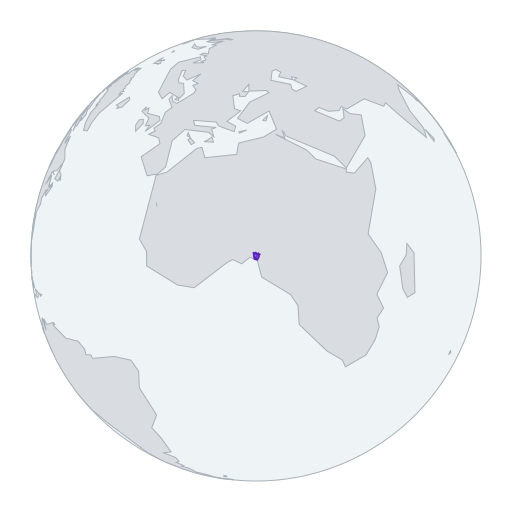 Littoral on an orthographic globe, rotated 332°
{"feature_id": "CMR-1476", "entity_name": "Littoral", "entity_type": "Province", "adm_level": 1, "iso_a3": "CMR", "parent_name": "Cameroon", "parent_adm1": "", "projection": "orthographic", "projection_center": [10.043, 4.313], "detail": "fine", "context": "on_globe", "style": "filled", "palette": "violet", "viewbox_px": 512, "rotation_deg": 332, "n_neighbors": 0, "source": "natural_earth", "source_scale": "10m", "svg_char_len": 9858}
<svg xmlns="http://www.w3.org/2000/svg" viewBox="0 0 512 512"><g transform="rotate(332 256 256)"><circle cx="256" cy="256" r="225" fill="#eef3f6" stroke="#a8b0b8"/><path d="M184.0,42.5L181.2,43.5L180.6,43.7L184.0,42.5ZM179.2,44.2L178.4,44.5L174.8,45.9L177.3,45.0L169.4,48.1L178.9,44.5L174.1,46.6L168.4,48.9L166.8,49.2L160.8,51.8L179.2,44.2ZM131.0,68.6L127.4,71.3L121.4,75.6L114.9,80.9L119.1,77.9L125.7,72.8L132.0,69.2L139.4,64.1L143.0,62.1L151.4,57.3L152.4,57.7L148.8,60.9L141.8,65.1L140.1,67.0L148.5,63.0L137.4,71.9L133.1,80.1L130.0,82.9L120.5,87.0L115.9,85.9L103.7,94.0L113.8,88.7L105.8,96.9L105.5,98.5L107.2,98.5L111.1,95.5L108.9,98.7L98.0,104.3L99.9,101.5L103.3,99.5L101.0,99.4L93.7,104.5L90.2,108.9L82.7,114.1L80.1,117.6L77.0,121.1L81.6,115.0L73.2,126.4L63.9,138.5L52.2,160.2L57.1,150.2L65.1,136.5L74.0,123.3L83.8,110.8L94.4,99.0L105.9,88.0L118.1,77.8L131.0,68.6ZM33.7,219.3L33.9,218.6L33.6,223.2L35.8,214.3L38.3,210.0L35.8,223.0L39.1,211.6L39.2,218.2L45.6,219.4L44.5,222.2L49.5,239.2L58.8,247.6L61.0,257.7L59.5,263.4L63.6,265.7L63.7,269.7L83.6,278.1L96.7,289.3L98.2,302.9L91.1,317.6L93.6,349.8L83.3,358.7L86.7,371.5L89.1,389.1L82.1,386.5L90.4,396.2L91.6,401.2L88.7,400.8L93.7,407.2L91.8,406.8L96.9,411.5L102.1,419.0L110.1,426.0L115.9,431.9L121.3,436.0L120.5,435.6L121.8,436.8L124.7,438.9L119.6,435.3L106.2,424.2L103.0,421.3L102.0,420.4L101.0,419.5L90.9,409.0L92.6,411.1L77.6,393.2L67.9,378.6L47.1,334.6L43.3,325.4L38.6,313.9L33.8,293.2L31.5,274.3L30.7,255.3L31.5,241.8L33.2,224.0L33.5,221.2L32.7,225.8L33.7,219.3ZM48.4,168.5L48.8,167.7L45.8,179.7L44.3,180.3L45.1,178.4L46.6,173.7L48.2,169.1L48.4,168.5ZM54.7,156.0L54.9,155.0L55.1,155.1L54.7,156.0ZM150.3,57.6L150.8,57.5L149.0,58.4L150.3,57.6ZM153.4,55.8L150.9,56.9L152.1,56.3L153.6,55.6L153.4,55.8ZM156.3,54.5L154.4,55.0L156.4,53.9L163.9,50.5L156.3,54.5ZM195.2,39.1L196.4,38.8L194.4,39.4L189.6,40.7L195.2,39.1ZM189.6,41.7L189.4,41.4L192.8,40.3L189.6,41.7ZM200.4,37.7L202.0,37.3L198.0,38.3L198.6,38.1L199.1,38.0L200.4,37.7ZM208.1,35.9L200.7,37.7L200.4,38.2L197.4,39.1L198.5,38.2L208.1,35.9ZM206.9,36.1L206.4,36.3L206.9,36.1ZM208.7,35.8L210.5,35.4L209.1,35.7L208.7,35.8ZM214.8,34.5L212.4,35.0L210.7,35.3L214.8,34.5ZM213.9,34.7L211.6,35.1L212.3,35.0L213.9,34.7ZM222.6,33.4L214.5,34.9L210.8,35.4L219.1,33.8L222.6,33.4ZM121.1,436.4L125.4,439.4L121.9,436.6L130.2,441.9L131.5,443.3L121.3,436.6L121.1,436.4ZM124.2,436.0L124.3,434.7L126.3,435.9L126.7,437.1L124.2,436.0ZM475.7,206.1L475.1,203.9L478.3,220.2L479.2,225.2L480.3,234.6L479.8,230.7L479.1,226.0L476.7,211.8L471.2,191.4L471.4,195.6L468.9,187.4L461.4,171.4L460.2,177.2L460.0,200.0L464.0,221.4L462.1,231.3L449.8,201.4L442.3,181.5L439.1,183.8L425.3,168.0L405.3,168.8L401.3,163.9L397.8,166.6L387.9,162.2L381.4,154.4L376.0,155.3L393.0,176.1L398.7,175.3L401.9,166.6L405.7,174.3L415.1,180.8L408.8,200.9L377.1,220.7L372.2,204.8L338.7,163.9L338.7,159.3L338.5,158.8L338.0,157.8L336.8,165.5L330.4,157.8L350.3,185.9L354.4,198.5L376.7,221.6L375.1,224.3L381.7,229.0L400.8,221.7L401.3,227.1L393.4,252.8L365.4,289.1L368.1,312.3L364.4,332.4L344.7,346.5L344.2,361.8L333.8,367.6L331.6,376.3L322.0,385.8L306.7,395.0L283.0,395.9L283.3,388.2L274.1,373.3L262.0,336.7L269.8,319.4L268.4,306.2L251.1,277.3L255.0,260.9L250.0,254.2L239.8,256.2L233.7,248.2L227.3,248.2L186.5,255.0L173.1,244.8L154.8,213.4L161.5,200.6L161.0,186.3L205.7,137.9L217.0,140.1L254.3,133.2L259.3,134.7L257.0,145.2L286.6,157.2L293.7,148.1L318.5,154.5L333.7,153.7L335.6,134.1L310.6,134.8L304.3,125.8L322.7,117.2L344.1,117.9L342.4,114.5L327.1,107.1L330.3,101.1L321.6,104.3L326.4,107.6L321.1,110.0L316.4,107.3L317.7,105.0L310.7,103.7L306.2,115.9L310.6,120.6L293.5,123.5L299.1,131.8L295.1,136.0L284.0,123.6L283.7,119.0L264.5,106.9L263.2,111.8L281.3,123.9L276.4,123.1L274.7,131.0L272.1,124.4L252.8,111.0L236.1,114.9L217.8,135.1L207.5,137.3L197.5,134.0L201.2,114.4L223.9,111.8L225.5,105.9L218.4,98.1L225.9,98.3L225.8,95.2L234.1,94.3L243.4,86.5L251.5,85.4L252.8,76.6L257.1,75.1L255.1,80.5L258.1,84.2L277.9,83.0L281.0,81.0L280.3,75.7L285.8,76.5L282.5,71.5L292.8,69.4L277.5,68.2L276.2,63.0L281.1,59.1L277.9,57.5L270.0,64.0L269.3,66.9L273.1,69.6L268.8,78.9L262.5,80.8L256.6,71.1L247.0,73.1L246.7,65.6L268.3,50.9L278.6,48.6L300.5,54.1L299.5,56.8L291.1,56.0L301.0,61.0L299.2,58.5L303.8,59.5L303.7,55.8L307.0,56.4L301.3,52.1L305.3,52.4L308.8,55.1L312.1,50.9L319.8,51.3L318.9,50.2L315.9,48.8L327.6,50.9L326.5,50.0L322.2,48.9L317.2,46.6L312.9,43.6L317.2,44.5L319.3,45.6L330.3,49.9L335.3,53.5L336.6,53.7L333.3,50.8L319.9,45.5L316.1,43.5L322.6,45.6L320.0,44.7L319.4,44.0L322.9,44.3L315.8,42.0L303.9,36.2L309.4,37.2L316.6,39.1L315.4,38.7L330.9,43.5L346.0,49.5L360.6,56.5L374.7,64.5L388.2,73.6L400.9,83.5L413.0,94.4L424.2,106.1L434.6,118.6L444.0,131.8L452.4,145.7L459.9,160.1L466.2,175.0L471.5,190.4L475.7,206.1ZM192.7,161.7L192.0,165.9L192.7,161.7ZM368.7,129.4L380.4,129.9L371.9,118.4L375.7,117.9L371.4,114.4L371.2,117.6L360.3,108.4L364.1,105.2L361.1,100.6L357.0,100.3L351.7,107.9L367.3,120.7L366.0,125.5L368.7,129.4ZM45.8,219.3L46.3,222.0L45.1,221.8L45.8,219.3ZM42.4,185.4L42.5,185.9L42.1,188.1L41.6,188.5L42.4,185.4ZM47.7,188.2L48.7,189.7L47.0,190.3L47.7,188.2ZM45.7,181.4L46.9,187.5L43.7,190.5L43.1,186.8L44.5,186.2L45.7,181.4ZM51.2,163.0L50.9,164.1L49.9,166.3L51.2,163.0ZM54.8,156.2L54.7,156.4L55.5,154.4L54.8,156.2ZM106.5,96.5L107.3,96.2L108.3,96.8L106.3,98.0L106.5,96.5ZM122.1,92.7L118.1,97.9L119.5,94.7L116.0,96.8L114.6,93.3L128.3,84.2L122.3,88.7L122.1,92.7ZM116.5,87.0L115.9,89.6L116.0,87.1L116.5,87.0ZM217.0,80.9L220.6,82.4L218.6,86.0L208.3,89.3L211.2,83.9L217.0,80.9ZM226.2,84.0L223.3,74.6L229.5,72.8L226.5,75.2L231.0,75.0L227.3,79.1L236.2,87.4L234.9,91.2L216.7,94.0L223.3,90.6L219.4,89.1L226.2,84.0ZM204.7,59.6L203.5,57.2L218.6,56.2L218.0,58.7L207.7,61.6L202.4,60.4L204.7,59.6ZM169.9,49.1L168.5,49.4L170.2,48.6L172.9,47.7L169.9,49.1ZM189.2,41.6L178.0,47.4L175.8,47.9L171.9,51.5L164.5,54.4L167.3,51.8L158.7,57.1L158.2,56.0L153.1,59.7L160.0,53.6L159.3,53.3L162.9,52.4L169.7,49.6L172.4,48.3L179.6,44.8L181.3,43.5L188.4,41.2L192.9,39.9L193.5,39.8L188.7,41.2L193.0,40.1L186.6,42.2L189.2,41.6ZM241.4,35.0L235.6,35.1L243.1,36.3L236.7,37.2L238.0,37.3L234.2,38.5L231.8,40.5L228.6,40.8L229.0,41.5L226.5,42.6L226.1,43.7L220.2,44.9L219.1,46.5L216.9,46.2L216.7,48.8L214.3,47.4L210.8,49.2L215.0,49.6L184.5,56.2L173.6,61.1L165.8,66.3L162.7,64.1L167.9,58.3L177.5,51.8L188.4,47.8L185.0,48.0L189.3,46.2L190.2,46.8L191.3,45.0L195.0,43.8L203.5,40.0L202.8,38.8L205.9,37.7L208.1,37.6L209.6,36.6L215.8,36.0L218.2,35.3L226.6,34.3L229.4,35.2L231.8,34.4L238.3,34.1L241.4,35.0ZM224.9,33.1L229.7,33.2L228.5,33.9L214.3,35.4L211.3,36.1L202.2,37.8L204.0,36.9L206.5,36.4L209.3,35.8L207.6,36.3L211.0,35.5L214.5,35.0L218.1,34.3L218.7,34.4L224.9,33.1ZM263.8,130.6L267.4,130.9L272.9,130.2L271.9,135.5L263.8,130.6ZM250.4,121.6L253.5,120.7L254.9,127.2L251.1,127.2L250.4,121.6ZM254.1,115.2L253.6,120.2L251.6,117.5L254.1,115.2ZM257.9,79.8L261.1,79.0L261.9,80.2L260.6,82.2L257.9,79.8ZM262.3,41.1L259.2,40.5L259.9,40.1L256.3,38.1L260.7,37.6L264.6,38.7L262.3,41.1ZM332.0,137.5L328.3,141.4L325.7,139.7L327.5,138.6L332.0,137.5ZM299.2,138.3L307.2,140.5L298.8,139.7L299.2,138.3ZM266.6,40.3L264.6,39.4L268.0,39.8L266.6,40.3ZM263.8,37.3L267.6,37.5L260.8,37.4L263.8,37.3ZM383.5,430.4L382.5,432.8L380.3,433.2L383.5,430.4ZM397.0,327.4L379.1,363.0L370.2,363.6L370.4,353.5L378.2,332.2L389.2,325.6L395.1,315.7L397.0,327.4ZM481.3,259.4L479.5,235.9L480.1,236.2L481.0,244.2L481.3,259.4ZM464.7,223.4L468.4,236.0L467.0,238.3L464.7,223.4ZM301.5,39.9L301.6,42.8L304.6,45.5L310.8,47.7L302.0,46.3L297.4,42.0L301.5,39.9ZM303.1,36.4L297.6,35.1L299.9,35.4L301.5,35.7L303.1,36.4ZM299.9,35.8L293.3,35.0L290.2,34.2L296.0,34.9L299.9,35.8ZM280.1,36.4L279.8,37.1L277.0,36.7L280.1,36.4Z" fill="#d9dde1" stroke="#a8b0b8" stroke-width="1"/><path d="M255.6,260.1L255.4,260.1L255.3,259.8L255.0,259.4L254.8,259.3L254.4,259.0L254.5,259.0L254.9,258.7L255.0,258.7L254.9,258.7L254.8,258.8L254.7,258.8L254.4,258.8L254.4,258.7L254.3,258.4L254.1,258.1L254.0,257.9L254.1,258.0L254.3,258.2L254.5,258.2L254.3,258.2L254.2,258.0L254.2,257.9L254.3,257.8L254.3,257.7L254.5,257.9L254.8,257.9L254.7,257.7L254.8,257.5L254.9,257.4L254.5,257.5L254.4,257.5L254.3,257.4L254.4,257.2L254.5,257.2L254.7,256.8L254.8,256.8L254.9,256.7L254.7,256.8L254.4,257.0L254.2,257.2L253.9,257.0L253.9,256.9L254.0,256.8L254.0,256.7L254.1,256.4L253.7,256.3L253.6,256.2L253.9,255.6L254.0,255.5L253.9,255.4L253.9,255.2L254.0,255.0L254.1,254.8L254.1,254.7L254.3,254.7L254.5,254.4L254.7,254.2L254.8,253.9L255.0,253.7L254.9,253.5L254.9,253.4L255.0,253.3L255.0,253.2L255.3,253.0L255.2,253.0L255.2,252.8L255.1,252.7L254.9,252.4L254.9,252.2L255.0,252.1L255.2,251.9L255.3,251.9L255.3,252.2L255.4,252.3L255.5,252.2L255.7,252.3L255.8,252.3L255.8,252.5L255.8,252.8L255.9,253.0L256.1,253.1L256.1,253.3L256.3,253.5L256.5,253.4L256.7,253.2L256.8,253.2L257.0,253.0L257.3,252.9L257.3,253.0L257.5,253.3L257.5,253.5L257.8,253.7L257.7,253.8L257.5,254.0L257.4,254.1L257.3,254.4L257.3,254.5L257.5,254.4L257.8,254.3L257.8,254.5L257.7,254.6L257.6,254.8L257.4,255.1L257.4,255.3L257.5,255.3L257.8,255.4L257.9,255.5L258.0,255.5L258.3,255.5L258.4,255.3L258.5,255.3L258.5,255.2L258.7,255.3L258.9,255.2L259.0,254.9L259.3,254.8L259.5,254.8L259.4,255.3L259.6,255.6L259.8,255.9L260.2,256.3L260.1,256.5L259.9,256.6L259.7,256.6L259.4,256.8L259.2,256.8L258.9,256.9L258.7,256.9L258.7,257.0L258.5,257.3L258.4,257.4L258.4,257.5L258.4,257.9L258.4,258.0L258.2,258.2L257.8,258.0L257.7,257.9L257.4,258.0L257.3,258.4L257.2,258.6L257.1,258.8L257.0,259.0L256.9,259.0L256.8,258.9L256.7,258.9L256.4,258.9L256.3,259.0L256.2,259.1L256.1,259.3L256.1,259.5L255.9,259.8L255.7,259.9L255.7,260.0L255.6,260.1ZM253.7,256.9L253.7,257.0L253.8,257.0L254.0,257.2L254.0,257.3L253.9,257.3L253.7,257.2L253.7,257.3L253.7,257.5L253.8,257.6L253.7,257.6L253.3,257.6L253.2,257.5L253.3,257.4L253.5,257.4L253.5,257.2L253.7,256.9L253.7,256.9Z" fill="#8b5cf6" stroke="#5b21b6" stroke-width="1.5"/></g></svg>